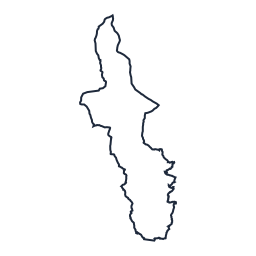 Berevoesti, Arges, Romania (orthographic projection)
{"feature_id": "2599482B57006778213349", "entity_name": "Berevoesti", "entity_type": "district", "adm_level": 2, "iso_a3": "ROU", "parent_name": "Romania", "parent_adm1": "Arges", "projection": "orthographic", "projection_center": [24.929, 45.318], "detail": "fine", "context": "isolated", "style": "outline", "palette": "slate", "viewbox_px": 256, "rotation_deg": 0, "n_neighbors": 0, "source": "geoboundaries", "source_scale": "gbopen_adm2", "svg_char_len": 5977}
<svg xmlns="http://www.w3.org/2000/svg" viewBox="0 0 256 256"><path d="M174.7,182.1L174.2,181.8L174.2,181.2L174.6,179.6L175.5,177.4L174.4,177.1L173.5,176.5L172.5,176.2L172.1,175.8L171.6,175.8L170.5,175.4L170.0,175.4L168.8,174.9L167.1,174.7L165.6,173.6L165.1,172.8L164.8,171.7L165.1,171.7L165.4,171.9L166.9,172.3L166.6,171.1L166.6,170.4L167.0,170.1L167.9,170.0L168.2,169.7L169.5,168.9L169.8,168.6L170.2,168.8L170.3,168.7L170.6,168.8L171.0,168.2L171.4,167.9L171.8,167.4L171.8,166.8L172.4,166.7L172.5,165.3L172.4,164.9L172.5,163.7L173.1,163.2L173.2,163.7L173.7,163.4L173.7,162.8L174.2,162.5L174.1,162.1L173.6,162.3L172.8,162.2L172.4,161.8L171.5,162.0L169.8,162.7L169.3,162.2L167.9,162.2L168.0,161.8L168.0,161.4L167.5,160.6L167.2,160.2L165.8,159.3L164.2,157.8L163.7,157.2L163.2,155.7L162.5,155.0L162.3,154.2L162.5,153.6L162.5,153.1L162.6,152.4L162.5,151.7L161.9,150.8L161.9,149.7L161.7,149.3L160.6,149.1L159.7,149.2L159.3,150.4L158.3,149.6L157.6,149.7L155.6,149.2L154.4,149.3L154.2,149.5L154.0,149.4L153.0,149.5L152.2,149.3L151.3,148.4L150.9,147.8L150.2,147.3L148.6,145.6L147.7,145.0L146.9,144.6L145.7,144.4L144.5,143.4L143.7,142.9L143.6,142.4L144.0,141.8L144.1,141.3L143.9,140.3L143.2,139.2L143.0,138.7L143.0,138.2L142.9,137.7L142.2,136.4L142.0,135.8L142.3,132.9L142.8,131.2L142.8,126.8L143.2,124.5L143.1,124.0L143.3,122.7L143.5,122.3L143.7,121.6L143.5,121.1L143.5,120.2L144.8,118.1L144.8,115.6L145.3,113.2L147.7,112.8L151.1,111.5L152.6,110.6L154.4,108.8L156.2,107.9L157.9,106.2L158.7,105.2L156.7,103.6L152.7,101.4L150.8,100.0L148.6,98.9L145.0,96.5L142.4,94.4L141.6,94.3L140.2,93.0L135.3,89.5L134.0,87.1L131.6,83.6L131.2,77.1L130.6,75.3L130.0,72.2L130.3,70.4L130.3,69.2L130.6,66.3L129.6,63.7L129.6,61.0L129.2,59.3L124.4,55.2L123.3,54.5L120.1,52.8L119.0,52.5L117.9,52.0L117.0,50.9L116.9,50.2L117.2,49.0L117.2,48.1L117.8,45.3L119.5,41.7L119.9,40.5L119.8,39.5L119.4,38.3L118.8,35.7L118.2,34.6L117.4,33.3L116.2,32.1L115.7,31.8L114.6,30.7L113.6,27.5L111.9,25.3L111.6,23.7L111.7,23.3L111.8,22.7L112.9,20.3L113.1,18.5L112.9,17.8L112.8,16.1L112.6,15.4L111.7,16.0L108.8,17.4L107.2,17.7L105.2,18.9L104.6,19.8L104.2,21.7L102.7,23.7L98.7,26.6L98.8,27.4L98.4,28.8L97.7,29.2L97.0,31.1L96.9,33.4L96.5,35.3L95.6,37.8L95.0,38.7L94.7,40.4L95.5,43.4L95.8,51.0L97.0,53.7L98.3,55.3L98.8,58.2L99.8,60.2L100.4,60.1L100.5,61.2L100.1,63.0L101.0,65.3L101.0,67.2L101.3,67.9L101.1,69.2L100.5,70.2L100.6,70.7L102.2,71.8L102.5,72.2L101.9,74.8L102.4,77.3L103.7,78.5L104.0,80.3L104.5,80.8L105.6,81.2L106.0,81.9L106.0,82.3L105.4,86.2L102.9,88.2L99.8,88.7L98.7,90.6L87.3,92.1L83.1,93.7L81.2,97.4L81.1,100.7L80.1,102.3L80.2,103.9L81.3,104.4L84.2,104.5L86.7,106.6L89.2,110.8L89.5,113.7L90.3,114.9L91.0,117.8L92.0,120.2L91.9,120.9L92.2,122.2L93.0,123.6L94.0,124.4L93.4,126.3L94.6,125.7L96.6,125.3L97.0,125.0L98.3,125.2L99.3,125.1L100.7,125.9L101.5,126.0L104.8,127.4L106.4,127.2L107.2,127.2L109.8,127.5L110.1,127.8L110.1,128.1L110.0,128.5L109.7,129.6L109.1,130.9L108.8,132.0L108.3,133.4L108.2,134.1L108.3,134.9L108.8,135.5L110.1,136.5L111.2,137.0L111.4,137.3L111.4,137.9L111.1,138.2L111.0,138.7L111.1,139.2L110.9,140.3L110.5,144.6L110.2,145.9L110.3,149.7L110.5,150.7L110.9,151.8L110.6,153.9L110.8,154.1L111.1,154.2L113.6,154.3L114.1,154.5L114.3,154.8L114.4,155.5L114.9,156.4L116.0,157.7L116.3,158.8L116.5,159.6L117.0,160.8L118.0,163.0L118.9,164.3L119.0,165.0L118.9,166.2L119.2,166.5L120.2,166.7L121.1,167.4L122.0,167.7L122.4,168.3L122.7,168.5L124.9,169.5L124.7,170.1L123.9,170.8L124.0,171.7L123.8,173.0L124.0,173.4L124.9,174.1L125.4,174.2L126.1,174.7L126.5,175.7L126.2,176.7L126.3,178.5L125.9,181.3L125.5,182.2L126.0,182.6L125.7,183.2L124.1,184.5L122.8,184.8L121.3,186.3L121.7,186.5L122.2,187.8L123.2,188.9L123.2,189.7L124.0,189.8L124.3,190.1L124.5,190.6L125.0,191.0L125.3,192.6L125.1,194.6L125.6,196.2L126.9,197.2L128.0,197.8L128.2,198.1L128.2,198.6L129.0,199.3L130.1,200.0L130.6,200.9L131.4,201.6L132.2,202.8L132.5,203.6L131.5,205.8L131.4,207.0L131.5,207.3L131.5,208.0L132.1,209.0L132.3,210.4L132.4,210.6L130.8,211.5L130.7,211.8L131.0,212.5L131.4,212.7L131.5,213.1L130.4,214.2L130.0,215.0L130.0,215.4L130.1,216.7L130.3,217.0L130.6,217.4L130.4,217.8L130.4,218.5L131.0,219.0L131.6,220.4L132.1,221.2L132.5,221.6L133.7,222.6L133.9,223.0L133.9,223.9L134.3,225.8L134.2,227.3L134.4,228.0L135.5,229.7L135.6,230.3L135.5,230.7L136.2,232.2L136.1,233.0L136.9,233.4L137.1,233.0L136.6,232.5L136.7,232.3L137.1,232.2L137.3,232.6L137.7,232.7L138.0,233.4L138.6,233.2L139.6,234.0L139.8,234.0L140.4,234.3L141.1,234.8L142.2,236.8L143.0,237.7L143.6,237.8L143.6,238.1L144.2,238.4L144.1,239.2L145.4,239.4L154.3,240.6L154.5,240.2L154.8,239.7L154.9,238.7L154.6,238.5L154.7,238.4L157.2,238.3L158.0,238.1L158.6,237.8L158.8,238.0L159.4,237.8L160.3,238.3L160.3,238.6L160.7,238.5L161.0,238.7L162.2,238.7L163.1,239.0L164.6,238.3L165.3,238.4L165.6,238.3L165.9,235.5L166.5,233.4L166.4,232.9L166.5,232.6L167.1,231.8L167.4,230.7L167.8,230.5L168.3,229.8L169.3,229.0L168.4,227.0L169.2,226.4L169.6,225.6L169.3,225.6L170.4,224.9L171.6,224.0L171.8,223.2L171.7,222.7L172.2,222.0L172.1,221.2L172.2,220.3L171.7,219.6L172.0,218.9L171.4,217.6L171.5,216.6L171.0,215.7L171.1,214.9L171.6,214.0L172.5,212.8L173.0,211.3L173.3,209.8L174.1,207.3L174.1,206.9L173.6,205.7L173.8,204.0L174.1,203.8L175.9,203.5L175.9,203.0L175.9,202.2L174.5,201.7L173.0,201.9L172.4,201.8L170.5,202.5L169.2,202.6L168.5,201.5L168.3,201.4L167.6,201.7L167.5,201.3L167.8,200.6L168.0,199.7L168.4,199.0L168.1,198.2L168.6,197.6L168.3,196.8L168.6,196.5L168.8,196.2L168.7,196.0L168.1,195.5L167.8,195.0L168.2,193.9L168.3,193.6L168.8,193.3L169.2,192.7L169.7,192.4L169.9,192.1L170.2,192.2L170.8,191.6L171.3,191.5L171.9,191.1L172.7,190.2L173.1,189.4L173.7,188.8L173.6,188.5L173.3,188.1L173.5,187.0L173.4,187.0L173.1,187.2L172.9,187.1L172.5,187.7L172.2,187.9L171.2,187.9L170.8,187.5L170.1,187.4L169.2,186.9L169.1,186.6L169.5,186.3L168.7,185.5L168.7,185.2L169.7,186.1L171.6,184.4L172.1,183.8L172.4,183.1L172.7,182.7L173.7,182.3L174.4,182.3L174.7,182.1Z" fill="none" stroke="#1e293b" stroke-width="2"/></svg>